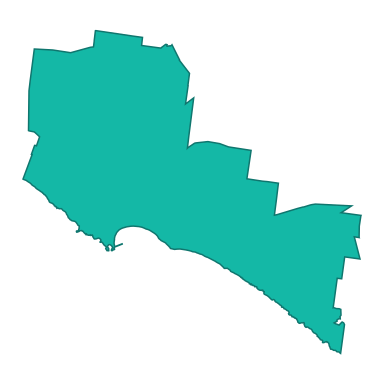 Warrnambool, Australia (Equal Earth projection)
{"feature_id": "25037944B46822546280655", "entity_name": "Warrnambool", "entity_type": "district", "adm_level": 2, "iso_a3": "AUS", "parent_name": "Australia", "parent_adm1": "", "projection": "equal_earth", "projection_center": [142.516, -38.378], "detail": "fine", "context": "isolated", "style": "filled", "palette": "teal", "viewbox_px": 384, "rotation_deg": 0, "n_neighbors": 0, "source": "geoboundaries", "source_scale": "gbopen_adm2", "svg_char_len": 5900}
<svg xmlns="http://www.w3.org/2000/svg" viewBox="0 0 384 384"><path d="M23.0,179.1L24.0,179.6L26.0,180.3L28.0,181.7L30.1,183.0L31.6,184.4L32.1,185.1L34.8,186.8L36.2,188.4L37.6,189.4L38.5,189.9L41.3,191.9L42.1,192.3L42.7,193.1L43.3,193.4L44.1,194.5L44.9,194.8L46.1,196.2L47.0,197.3L47.5,198.5L48.6,200.0L49.0,200.8L49.1,201.3L49.4,201.9L50.1,202.5L52.4,203.4L53.1,204.0L53.6,204.6L54.2,205.1L54.4,205.8L55.1,206.1L55.4,206.7L56.1,206.6L56.5,207.0L56.7,207.8L56.9,208.3L57.6,208.0L59.2,208.7L60.2,208.8L60.9,208.6L61.5,208.7L63.0,210.4L65.3,211.8L66.0,212.6L66.6,214.3L67.6,215.6L68.2,217.4L68.4,217.8L69.2,218.4L70.1,219.6L70.8,219.9L71.3,220.4L72.1,220.8L73.4,221.0L74.9,221.4L75.7,221.9L77.4,224.1L77.6,224.8L77.9,225.1L78.5,225.6L79.0,225.7L79.3,226.1L79.1,227.6L79.2,228.3L78.7,229.3L78.6,230.6L78.3,230.9L77.3,230.9L77.0,231.3L76.5,231.1L76.4,231.4L76.6,232.1L76.9,232.2L79.0,231.5L80.0,230.7L81.8,230.6L82.2,231.1L83.0,231.3L83.9,232.5L84.9,233.6L85.3,233.7L86.3,233.7L86.4,233.8L86.0,234.1L85.9,234.6L87.5,234.9L88.4,235.2L89.4,235.3L90.3,234.8L90.8,235.5L91.4,235.4L91.9,235.0L92.3,235.0L92.7,235.6L92.7,235.9L92.9,236.9L93.7,238.0L94.0,238.7L94.4,239.0L96.0,238.9L98.0,238.2L98.5,238.1L99.3,238.3L99.9,238.7L100.0,238.9L100.7,239.6L100.9,239.9L100.7,240.9L100.1,241.8L100.1,242.2L100.6,242.3L101.0,242.1L101.6,242.0L102.9,243.2L103.7,244.6L104.6,245.5L105.1,245.9L106.0,246.5L106.3,247.2L105.7,248.6L105.8,248.8L106.3,249.6L106.8,250.2L106.9,250.6L107.6,250.7L107.9,250.4L108.5,250.8L108.8,250.7L108.8,249.8L108.6,249.3L108.7,248.4L107.9,247.5L107.6,246.5L107.8,245.8L108.8,244.7L109.5,244.6L110.2,244.8L111.0,245.3L112.3,246.7L112.5,247.4L112.5,247.6L111.3,250.1L111.5,250.6L112.1,250.7L113.0,250.0L114.2,249.6L114.5,249.4L114.6,249.2L114.4,248.6L114.1,248.4L113.9,248.2L114.6,247.1L122.2,244.1L122.1,243.8L114.8,246.7L114.1,243.8L114.1,242.1L114.4,240.2L114.5,239.4L114.5,238.1L115.1,235.7L115.8,234.5L116.6,232.7L117.4,231.7L119.2,229.8L120.9,228.8L122.4,228.1L126.8,226.8L131.0,226.2L133.5,226.1L139.0,226.6L141.9,227.2L144.4,228.2L146.0,229.0L147.7,229.4L149.6,230.2L154.3,233.2L155.8,234.3L157.5,236.1L158.7,238.4L159.3,239.0L160.5,239.9L161.0,240.5L165.6,242.9L166.1,243.6L169.2,246.6L169.3,246.9L169.7,247.1L169.9,247.4L170.0,247.7L170.5,248.5L174.6,249.4L177.0,249.1L180.0,249.0L185.9,249.9L189.2,250.6L191.1,251.1L192.5,251.7L195.5,252.1L196.5,252.7L198.9,253.5L199.3,253.8L202.0,254.5L204.9,256.3L206.5,257.0L207.6,257.3L215.5,261.4L216.1,261.9L218.0,263.0L219.7,263.8L223.1,267.0L224.3,268.4L227.4,268.3L230.3,270.4L230.6,271.3L232.5,272.3L233.6,272.6L234.2,273.2L237.3,274.7L239.5,276.0L239.9,276.4L240.2,276.5L240.6,276.9L240.8,277.3L241.5,277.4L241.5,277.7L241.9,277.8L242.0,278.1L242.1,278.3L242.6,278.4L242.6,278.8L242.8,279.0L243.3,279.2L243.8,279.7L244.6,280.0L245.0,280.6L245.5,280.8L246.5,281.5L247.6,281.8L248.1,282.3L249.1,282.9L249.5,283.3L249.4,283.7L250.0,283.9L250.3,284.3L250.7,284.2L251.0,283.9L251.5,284.0L251.7,284.4L251.4,284.8L251.8,284.9L252.1,285.1L252.9,285.2L253.0,285.5L253.6,285.5L254.4,285.9L254.6,286.6L254.9,286.8L255.2,286.5L256.6,286.8L256.9,287.1L256.9,288.0L258.3,289.5L260.1,290.3L260.7,290.2L261.6,290.4L262.0,290.1L262.3,290.1L262.9,290.3L263.0,290.6L263.1,291.3L263.3,291.5L264.2,291.7L264.2,291.9L264.0,292.1L263.9,293.3L264.1,293.9L264.3,294.2L267.0,295.5L268.5,296.6L271.6,299.7L272.4,300.0L273.3,299.5L274.0,299.7L274.5,300.0L274.9,300.6L274.9,301.0L275.6,301.9L276.8,302.3L277.3,302.8L277.8,303.1L278.9,303.9L279.7,304.8L281.0,305.4L281.5,305.9L281.5,306.9L281.7,307.1L282.0,307.3L282.9,307.2L283.4,307.4L284.1,308.8L284.6,308.8L286.2,309.7L286.8,310.4L288.1,310.9L288.7,311.6L289.1,312.3L289.1,312.6L288.9,312.8L288.9,313.6L288.6,313.7L288.8,314.4L289.5,315.0L290.5,315.0L291.3,315.3L291.5,315.9L291.9,316.2L292.0,316.7L292.9,316.7L293.2,317.1L293.7,317.1L294.1,317.3L294.4,317.9L294.8,318.1L295.3,318.0L295.5,318.3L296.4,318.7L296.6,318.8L296.6,319.4L297.4,320.3L297.9,322.2L298.2,322.4L298.6,322.6L299.0,323.2L299.8,323.3L301.4,322.8L302.0,322.7L302.8,322.9L303.8,322.6L304.3,323.2L304.1,324.3L304.2,324.6L304.5,325.2L304.8,326.2L305.4,326.9L306.0,327.3L306.3,327.3L307.0,326.9L307.9,327.2L309.8,328.6L310.9,329.0L311.6,329.5L312.0,330.1L312.3,330.9L313.4,332.4L314.2,333.0L315.2,333.3L316.7,334.5L317.4,335.7L317.5,336.0L317.2,336.2L317.2,336.3L318.1,336.7L318.6,337.5L319.6,338.3L320.4,339.7L322.1,340.2L322.5,340.5L322.7,340.8L322.5,342.3L322.6,342.5L322.9,342.7L323.9,342.6L326.2,341.6L326.6,341.7L326.9,342.1L327.1,341.9L327.5,342.0L328.7,343.3L328.9,343.7L329.3,346.0L329.8,346.8L330.5,348.9L330.7,349.2L331.5,349.2L332.7,349.7L333.6,350.3L335.6,350.4L336.8,351.7L337.1,351.8L338.9,351.9L339.9,352.9L340.6,353.4L344.5,324.6L343.6,322.8L342.1,322.0L340.5,323.5L339.1,325.1L336.6,324.1L335.5,323.8L334.1,322.9L337.1,321.2L336.8,320.2L338.7,318.7L340.3,318.9L340.2,317.5L339.8,317.0L341.0,315.2L340.8,309.4L339.1,308.7L336.5,308.6L333.5,307.6L333.2,307.7L337.2,278.3L341.7,278.8L344.7,256.9L360.0,259.0L354.3,236.8L359.2,237.6L359.1,237.3L359.3,226.1L360.9,215.6L361.0,215.4L341.1,212.7L351.6,205.9L317.6,204.2L315.4,204.1L311.9,204.6L310.2,205.0L303.7,207.0L303.1,207.0L298.1,208.3L276.9,214.7L274.4,215.2L276.4,199.7L278.4,183.2L267.3,181.6L262.6,181.2L246.9,178.8L251.1,150.4L228.5,146.9L219.6,143.6L207.9,141.6L195.9,142.9L194.6,143.2L188.0,147.6L187.4,148.2L188.8,136.3L193.7,97.9L185.5,104.0L188.1,85.6L187.9,85.5L189.5,73.4L179.4,60.3L179.6,60.0L172.0,44.8L171.7,45.2L171.1,45.6L170.3,45.9L169.1,45.9L167.1,46.3L166.9,46.2L166.8,45.6L167.1,44.7L166.3,44.4L165.6,44.4L162.6,46.7L161.3,47.6L160.9,48.1L141.6,45.5L142.5,37.4L131.6,35.9L95.7,30.6L95.4,30.7L94.2,40.7L94.2,41.2L93.5,46.9L90.3,47.3L70.6,52.7L52.8,50.0L34.3,49.0L30.3,79.7L29.0,90.7L28.5,130.6L29.2,130.9L34.2,131.9L35.1,132.6L39.6,136.8L36.5,145.8L35.8,145.5L34.6,145.4L31.4,154.4L32.1,154.6L23.0,179.1Z" fill="#14b8a6" stroke="#0f766e" stroke-width="1.5"/></svg>